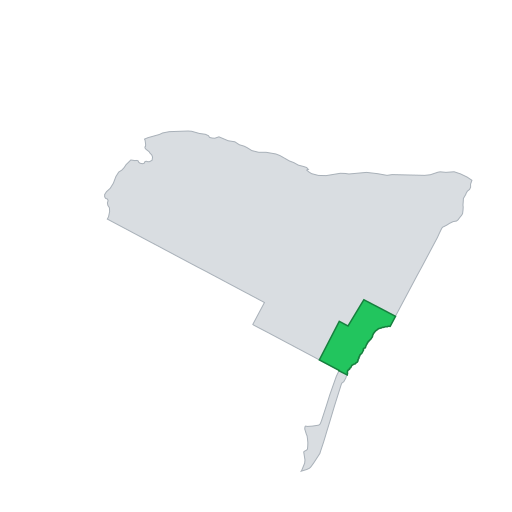 where Kavango sits in Namibia, rotated 118°
{"feature_id": "NAM-3354", "entity_name": "Kavango", "entity_type": "Region", "adm_level": 1, "iso_a3": "NAM", "parent_name": "Namibia", "parent_adm1": "", "projection": "mercator", "projection_center": [19.863, -18.289], "detail": "fine", "context": "in_parent", "style": "filled", "palette": "green", "viewbox_px": 512, "rotation_deg": 118, "n_neighbors": 0, "source": "natural_earth", "source_scale": "10m", "svg_char_len": 4454}
<svg xmlns="http://www.w3.org/2000/svg" viewBox="0 0 512 512"><g transform="rotate(118 256 256)"><path d="M377.9,111.1L383.3,110.0L388.4,109.0L394.3,108.0L399.0,107.2L400.2,106.9L411.6,107.9L416.6,108.6L418.3,109.2L420.6,110.9L424.8,115.1L423.7,115.0L416.0,115.8L413.1,117.0L406.6,121.9L405.2,121.3L403.7,120.2L402.3,119.9L399.5,121.1L396.6,122.5L393.4,124.6L390.8,126.5L390.0,127.6L385.9,131.7L384.6,132.3L383.4,132.6L382.9,132.4L382.4,130.7L379.9,126.6L375.9,121.2L374.7,120.7L373.9,120.5L370.9,120.8L362.3,122.3L355.0,123.6L343.8,125.7L331.8,127.5L324.4,128.6L317.9,128.9L317.9,134.2L318.0,144.9L318.0,155.7L318.0,166.5L318.0,177.3L318.0,188.1L318.0,199.0L318.0,209.9L318.1,220.9L318.1,225.7L317.9,226.7L314.2,226.7L305.8,226.7L298.8,226.7L293.1,226.7L293.1,233.2L293.1,240.9L293.1,248.7L293.1,256.4L293.1,264.2L293.1,272.0L293.1,279.8L293.1,287.7L293.1,295.5L293.2,301.4L293.2,302.1L293.2,313.7L293.2,325.9L293.2,338.3L293.2,350.6L293.2,363.1L293.2,375.5L293.2,388.0L293.2,400.6L293.2,404.6L290.6,404.6L285.5,406.1L282.2,408.1L280.8,410.6L278.9,412.1L276.5,412.6L275.5,413.9L275.7,415.9L274.8,417.4L272.7,418.5L269.4,418.2L264.7,416.5L258.7,416.1L251.5,417.0L246.3,416.6L243.2,414.8L239.8,413.9L236.3,413.6L234.2,412.9L230.0,411.6L229.2,409.4L228.7,407.8L227.5,406.0L227.4,404.6L228.3,403.6L228.5,401.8L227.8,399.5L226.6,398.3L225.0,398.4L223.9,397.5L223.5,395.6L222.6,394.2L220.2,392.7L217.2,393.8L215.7,395.5L214.9,398.0L214.1,399.3L213.7,401.5L213.5,403.0L212.8,404.6L211.9,405.3L211.1,405.0L209.5,405.7L206.1,408.1L205.1,409.3L202.3,407.0L194.1,398.4L191.2,396.2L186.9,390.9L177.5,374.6L176.1,371.4L174.4,363.6L172.3,357.8L172.1,354.5L173.1,352.6L172.4,350.0L171.4,347.7L168.2,344.7L167.3,334.7L165.1,328.3L165.6,323.0L164.6,318.1L164.5,315.0L164.9,309.2L163.2,302.4L159.7,295.8L156.6,286.4L156.1,282.2L156.4,271.1L155.8,266.6L155.9,261.3L154.6,255.8L154.1,252.8L155.0,250.4L155.5,251.2L156.4,251.5L157.0,248.4L157.2,245.6L155.6,238.8L152.1,231.8L143.4,220.4L141.3,216.1L140.0,212.5L130.3,197.7L126.2,187.2L123.3,178.2L120.2,174.0L105.6,144.9L102.4,140.2L96.6,134.7L95.2,132.9L93.0,127.6L88.6,120.6L87.5,114.0L87.2,106.6L87.8,100.9L91.8,100.3L94.5,98.8L97.0,98.7L99.5,99.8L102.1,99.9L103.1,99.7L107.8,99.9L110.6,98.6L113.8,97.2L115.6,96.0L118.2,94.8L121.6,93.5L123.6,93.6L126.0,94.1L129.2,94.6L131.0,95.4L133.1,98.1L136.4,100.5L138.9,101.9L141.7,103.8L142.5,104.5L143.7,104.9L144.5,105.0L149.7,104.8L154.4,104.5L159.5,104.5L169.0,104.5L178.5,104.5L188.1,104.5L197.6,104.6L207.2,104.6L216.7,104.6L226.2,104.6L235.8,104.6L239.7,104.6L246.5,104.7L253.7,104.8L254.5,104.9L255.3,105.5L255.9,105.9L258.4,109.3L261.7,112.7L264.4,114.4L267.6,115.4L270.6,115.7L273.4,115.5L278.1,115.9L284.7,117.1L291.4,117.4L298.5,116.9L303.4,117.6L306.3,119.3L309.2,120.4L312.2,121.0L316.3,120.7L321.4,119.4L325.8,119.5L327.8,120.5L329.0,120.5L336.5,119.1L342.5,118.0L351.6,116.3L359.1,114.8L370.1,112.6L377.9,111.1Z" fill="#d9dde1" stroke="#a8b0b8" stroke-width="1"/><path d="M243.8,104.5L247.2,104.5L253.6,104.5L254.9,104.5L255.1,104.5L255.2,105.0L255.4,105.1L255.5,105.2L255.9,106.2L256.0,106.4L256.1,106.5L256.7,106.7L257.5,108.3L257.6,108.6L257.9,108.8L259.2,109.9L259.3,110.1L259.4,110.6L259.6,110.8L259.8,111.0L260.3,111.3L260.5,111.4L261.9,112.9L262.4,113.6L262.8,113.9L263.7,114.1L266.0,115.3L269.2,115.9L271.3,115.8L272.2,115.4L272.7,115.3L273.0,115.3L273.7,115.5L274.9,115.4L275.3,115.6L279.2,116.8L283.5,116.8L284.9,116.5L285.5,116.4L286.0,116.5L286.2,117.0L286.4,117.2L287.0,117.4L287.5,117.6L287.9,117.6L288.1,117.5L288.3,117.0L288.5,116.9L292.4,116.9L293.4,117.4L294.3,117.8L294.5,117.8L296.0,117.6L296.6,117.7L297.0,117.6L297.3,117.4L297.5,117.6L297.9,117.3L298.5,117.2L299.1,117.2L299.7,117.4L300.6,116.7L300.8,116.9L301.2,116.9L302.0,116.7L302.3,116.8L303.3,117.6L303.9,117.5L304.6,117.7L305.1,118.3L305.6,118.8L305.8,119.0L306.7,119.4L307.4,120.0L307.7,120.1L308.4,120.0L309.4,119.9L310.3,120.0L310.7,120.2L310.8,120.4L311.2,120.6L311.7,120.7L311.8,120.6L312.0,120.3L312.5,120.5L313.2,120.8L313.7,121.3L314.4,121.3L315.1,121.0L315.9,120.8L316.3,120.2L318.2,119.6L318.4,128.9L318.0,128.9L318.0,129.6L318.0,130.7L318.0,131.8L318.0,132.9L318.0,133.9L318.0,135.0L318.0,136.1L318.0,137.2L318.0,138.2L318.0,139.3L318.0,140.4L318.0,141.5L318.0,142.5L318.0,143.6L318.0,144.7L318.0,145.8L318.0,146.8L318.0,150.1L318.0,151.3L274.6,151.8L274.6,141.9L248.6,140.5L244.0,140.2L243.8,114.4L243.8,104.5Z" fill="#22c55e" stroke="#15803d" stroke-width="1.5"/></g></svg>